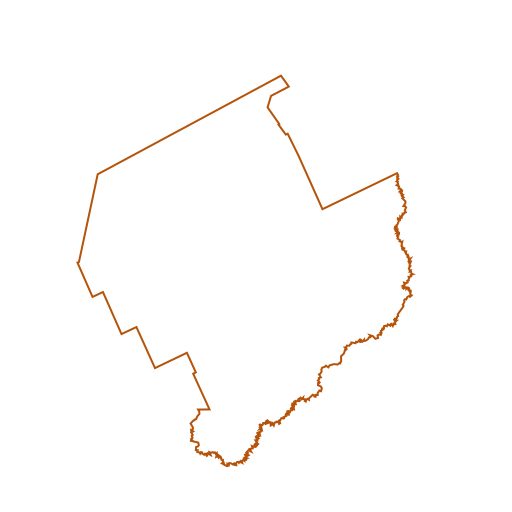 San Cristobal, Santa Fe, Argentina, rotated 54°
{"feature_id": "61730980B50411515207012", "entity_name": "San Cristobal", "entity_type": "district", "adm_level": 2, "iso_a3": "ARG", "parent_name": "Argentina", "parent_adm1": "Santa Fe", "projection": "natural_earth1", "projection_center": [-60.804, -30.162], "detail": "fine", "context": "isolated", "style": "outline", "palette": "amber", "viewbox_px": 512, "rotation_deg": 54, "n_neighbors": 0, "source": "geoboundaries", "source_scale": "gbopen_adm2", "svg_char_len": 6148}
<svg xmlns="http://www.w3.org/2000/svg" viewBox="0 0 512 512"><g transform="rotate(54 256 256)"><path d="M96.8,336.0L156.8,402.8L156.4,404.3L193.0,412.3L195.2,401.0L240.1,410.7L243.2,394.5L287.3,403.6L293.7,368.8L314.8,373.1L314.3,376.0L352.8,383.8L346.2,393.1L348.2,393.2L350.5,394.6L351.1,397.5L352.8,400.4L352.2,401.9L352.7,402.5L352.3,403.6L353.1,407.4L357.6,407.8L359.7,409.6L358.4,410.6L358.8,411.0L360.3,411.6L360.9,410.9L360.8,412.2L363.5,412.3L363.7,413.7L365.8,414.2L365.9,416.0L367.7,415.9L366.9,416.9L367.2,417.3L373.0,412.4L375.4,413.4L375.9,414.9L375.3,416.7L377.7,418.8L378.9,417.3L380.1,418.7L381.8,417.1L383.0,417.3L382.3,415.8L383.2,415.0L384.1,415.7L386.3,414.8L385.9,413.6L386.5,413.4L386.9,411.8L388.1,413.4L388.8,413.3L387.8,410.8L390.3,409.7L387.4,408.9L388.8,408.0L389.3,406.2L390.5,405.8L390.7,404.7L392.3,404.9L392.3,403.5L393.2,404.1L394.7,403.5L394.9,404.6L394.2,405.2L395.1,406.2L395.2,404.7L397.1,404.8L396.3,403.1L396.9,402.8L397.6,403.7L398.3,402.7L400.4,403.7L401.9,401.9L401.3,403.3L403.3,403.4L403.7,405.3L404.9,404.0L405.3,404.8L409.0,403.0L409.2,402.2L408.6,402.5L407.3,401.3L409.1,400.8L407.8,399.5L409.0,398.1L410.9,397.3L410.9,395.5L412.0,395.2L412.3,396.2L413.7,394.9L411.9,394.0L411.6,392.3L412.0,391.4L413.3,391.4L412.9,390.2L414.7,389.1L413.1,389.1L412.9,388.5L414.2,387.7L413.3,386.0L414.8,385.7L413.4,384.8L414.7,384.6L415.2,383.7L414.6,383.0L414.0,384.3L413.6,383.2L414.0,382.3L412.5,383.2L412.3,381.8L410.3,381.7L410.5,380.7L412.6,380.8L412.8,379.1L411.4,379.7L410.6,378.3L409.3,379.1L408.7,376.3L411.4,374.9L408.4,374.5L409.7,371.8L407.5,371.0L408.7,370.4L408.4,368.8L409.5,369.4L410.1,368.7L410.2,367.7L409.2,367.2L409.7,366.2L409.3,364.8L408.2,365.3L408.5,366.5L407.6,367.2L407.3,364.9L404.9,364.8L406.0,363.4L403.7,362.8L405.2,362.2L405.1,361.1L403.1,361.8L403.5,359.7L402.1,360.9L402.0,358.9L400.0,359.0L400.0,357.9L402.2,357.6L400.6,356.8L400.9,355.3L399.7,354.8L400.7,353.7L398.5,352.8L398.1,354.4L397.7,352.9L396.9,353.3L397.0,352.3L394.8,352.4L394.7,351.7L396.4,350.7L396.5,349.8L395.4,348.4L396.2,347.3L397.5,347.1L397.8,345.8L395.6,345.2L395.6,343.4L396.6,343.2L398.0,344.5L398.4,343.9L398.0,342.9L399.7,341.6L399.9,342.6L401.8,343.7L402.1,341.9L401.6,341.0L403.5,341.2L401.7,338.9L402.3,337.8L402.0,336.9L403.1,336.2L402.8,334.7L405.4,335.9L405.4,334.7L403.9,334.6L402.1,330.8L403.8,329.1L403.7,328.5L402.6,328.5L403.2,325.6L401.7,325.2L401.1,323.4L401.6,322.9L402.9,323.8L403.7,322.7L402.5,321.9L400.1,321.8L400.3,321.0L402.2,320.3L401.3,319.1L401.9,317.7L399.8,317.5L399.6,315.8L401.6,316.0L402.4,315.4L400.7,314.5L399.5,313.0L398.4,313.2L398.4,314.6L397.9,314.7L396.7,313.2L399.1,310.9L398.0,310.6L397.0,311.3L396.2,310.7L396.5,309.1L398.3,309.0L397.4,308.9L397.6,307.8L399.0,306.1L398.7,305.5L396.8,306.0L396.8,303.9L397.2,304.2L397.8,302.9L398.6,303.1L398.3,301.3L399.1,302.2L400.7,300.6L401.9,301.8L403.0,301.3L402.1,300.2L401.8,298.4L403.4,297.7L402.3,297.1L401.6,291.6L402.9,290.8L404.0,291.4L404.9,290.6L403.6,289.2L404.7,287.8L403.2,286.8L402.1,283.8L403.6,282.9L401.6,280.4L399.4,280.3L397.0,281.8L395.3,280.4L395.9,279.7L395.7,278.8L393.1,279.1L392.9,277.6L391.7,277.0L392.3,274.9L388.8,274.6L389.0,273.1L388.0,270.8L386.3,269.9L385.2,268.1L386.1,265.6L385.8,264.0L388.6,262.9L387.7,260.8L389.3,256.5L391.8,253.7L391.6,251.8L392.4,251.0L391.6,250.4L391.5,249.2L387.1,246.1L386.6,242.3L384.2,239.0L384.8,238.7L384.5,237.4L382.3,237.8L382.9,236.8L381.9,235.2L383.5,233.1L382.8,231.8L383.1,230.6L382.0,229.6L385.1,226.7L384.2,225.4L385.3,224.5L384.6,220.8L385.9,220.3L386.5,221.2L386.0,222.1L386.7,222.3L388.0,220.2L387.4,218.1L388.1,218.7L388.9,217.4L389.1,214.3L388.2,212.4L388.9,211.4L388.7,210.3L387.1,210.4L389.6,208.5L393.1,208.1L394.1,205.5L391.7,204.3L391.9,202.3L393.2,201.4L392.2,199.9L391.2,200.2L391.3,199.4L390.1,199.1L390.2,196.5L389.3,196.9L388.9,196.3L389.6,194.9L388.0,193.7L388.5,192.2L389.8,191.4L388.8,189.6L391.2,188.4L390.3,187.5L390.3,186.5L393.0,186.5L392.2,185.4L392.8,183.6L391.6,183.9L391.9,182.8L391.1,182.1L390.9,180.2L389.5,181.8L388.7,181.7L388.3,180.3L389.2,179.5L389.0,178.5L388.1,177.5L388.1,176.3L386.5,175.7L383.5,166.6L382.7,165.7L381.7,165.9L380.4,162.9L378.9,162.2L378.6,160.7L379.5,159.9L378.2,157.9L378.2,156.4L378.5,155.6L379.6,155.4L379.3,153.2L378.3,153.8L376.6,153.1L376.1,151.9L375.0,151.3L374.8,152.5L373.0,152.6L372.7,151.3L371.7,151.1L371.1,151.4L371.7,152.4L370.5,152.5L370.8,153.6L369.8,152.9L369.1,153.3L369.2,155.8L368.2,156.0L368.4,155.0L367.6,154.3L366.4,155.0L366.7,152.6L364.6,151.9L366.2,150.7L366.5,148.8L365.0,148.2L365.5,146.8L364.6,146.4L364.0,145.0L362.6,144.8L363.6,142.7L363.5,142.1L362.3,141.9L362.9,139.9L361.8,140.7L359.9,139.8L359.1,140.9L358.4,139.3L357.8,140.1L355.9,139.7L354.9,137.1L354.2,137.6L352.9,136.3L351.0,136.0L350.9,135.2L352.1,134.9L351.4,133.8L349.8,135.3L348.9,132.7L348.6,134.4L347.2,133.5L345.9,134.1L345.4,133.7L345.8,132.9L344.1,132.4L343.3,133.3L341.8,133.3L340.7,132.0L340.3,132.9L338.6,132.6L336.8,133.8L335.9,133.4L336.9,132.3L336.8,131.6L335.1,132.7L334.1,131.9L333.3,132.4L330.5,129.4L330.5,130.4L329.3,130.3L328.5,131.2L327.6,130.2L325.0,131.3L323.8,129.6L321.9,130.4L322.7,129.4L321.2,128.6L322.3,128.7L322.6,127.8L321.6,126.9L321.3,128.0L320.7,127.7L320.2,128.6L320.0,127.1L318.6,127.8L318.8,126.6L318.1,126.1L318.1,128.0L317.5,128.2L316.5,127.9L316.9,126.9L315.7,125.4L314.9,127.2L314.1,126.4L314.6,125.8L313.7,124.5L313.9,123.6L312.0,120.4L311.1,119.3L309.9,119.8L309.0,119.1L311.3,118.1L308.8,116.1L310.5,115.6L308.8,113.8L309.0,112.9L307.9,112.4L308.7,111.3L308.2,110.6L308.7,109.1L306.5,108.8L304.9,106.0L303.2,106.2L302.3,107.3L301.1,104.1L299.7,103.0L295.4,103.7L295.3,102.1L293.8,102.7L293.1,101.3L292.4,102.4L291.3,101.2L290.4,102.1L289.4,101.2L288.4,102.0L288.1,100.8L290.4,100.3L289.7,100.3L289.0,99.3L286.4,99.6L285.3,101.0L283.8,99.3L281.4,100.6L281.4,98.7L280.1,98.5L279.5,97.6L278.3,98.3L278.2,97.3L277.3,96.9L277.3,95.5L275.7,95.9L275.1,94.2L274.3,94.7L273.7,93.4L271.9,93.2L257.2,174.7L200.1,162.7L175.7,158.5L175.3,160.5L162.9,160.6L162.9,159.6L142.6,159.3L135.3,149.7L138.2,129.9L124.8,129.8L96.8,336.0Z" fill="none" stroke="#b45309" stroke-width="2"/></g></svg>